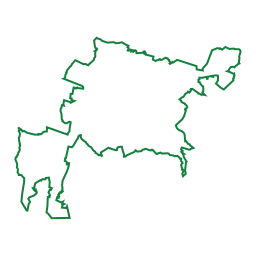 outline of San Agustín Tlaxiaca, Hidalgo, Mexico
{"feature_id": "50627088B66732332939246", "entity_name": "San Agustín Tlaxiaca", "entity_type": "district", "adm_level": 2, "iso_a3": "MEX", "parent_name": "Mexico", "parent_adm1": "Hidalgo", "projection": "orthographic", "projection_center": [-98.945, 20.076], "detail": "fine", "context": "isolated", "style": "outline", "palette": "green", "viewbox_px": 256, "rotation_deg": 0, "n_neighbors": 0, "source": "geoboundaries", "source_scale": "gbopen_adm2", "svg_char_len": 5669}
<svg xmlns="http://www.w3.org/2000/svg" viewBox="0 0 256 256"><path d="M96.7,37.8L94.1,40.5L94.9,46.5L95.7,48.4L96.7,48.4L97.2,49.1L96.6,50.1L94.7,51.2L95.5,51.6L95.1,54.1L95.4,56.0L95.0,57.3L94.3,57.9L93.8,60.0L88.6,64.6L88.4,65.2L86.6,64.7L86.1,64.1L84.2,64.0L83.7,64.3L75.3,60.2L71.9,64.2L71.1,65.9L69.9,66.7L67.2,70.2L66.2,72.5L66.6,72.9L65.4,74.7L65.2,77.3L64.5,78.3L63.6,78.7L81.8,85.8L82.7,86.4L83.3,87.7L83.2,88.7L78.0,88.1L77.4,87.6L77.2,88.0L76.4,87.9L76.2,88.4L74.7,88.4L74.7,88.0L74.1,88.1L74.0,87.5L73.6,87.5L72.5,93.9L70.7,93.9L70.2,98.2L71.7,98.5L71.4,100.0L74.4,100.9L70.8,102.7L70.8,102.3L64.1,100.2L63.4,104.0L63.9,105.6L62.0,105.0L61.8,105.2L61.6,107.3L60.7,108.7L60.6,111.3L61.5,113.9L61.8,119.1L62.7,120.5L62.3,121.1L65.1,123.2L66.7,123.2L69.4,121.7L70.6,122.1L70.7,122.6L69.6,128.5L69.5,131.0L69.2,131.8L67.9,133.2L67.6,134.6L47.0,127.3L46.8,131.5L43.8,131.7L42.9,132.3L42.3,133.3L40.7,134.3L40.2,134.0L39.3,134.4L38.7,133.9L38.2,134.1L38.2,134.7L34.5,134.6L26.8,132.7L24.3,131.0L22.5,131.4L22.4,130.6L21.3,130.2L21.2,129.5L19.6,128.7L18.4,127.3L18.8,128.9L19.8,129.8L18.7,131.0L19.6,132.5L19.9,134.5L19.5,136.6L18.9,137.8L19.1,140.5L19.7,143.0L19.6,143.7L19.9,144.0L19.7,144.7L20.2,145.3L19.3,147.9L19.9,149.6L19.0,151.9L18.4,152.3L17.8,155.0L17.2,155.3L16.6,157.1L15.8,157.3L15.4,159.3L17.0,163.6L17.2,165.3L16.9,167.3L17.9,169.2L17.6,172.6L18.5,173.4L18.8,175.0L20.8,175.0L21.9,175.5L22.4,176.5L24.2,178.1L24.1,182.2L22.4,192.4L21.4,201.7L26.6,210.5L27.4,210.6L28.7,204.0L30.1,202.0L28.3,198.9L29.4,197.3L33.7,195.7L36.5,193.5L36.8,192.1L35.9,190.1L35.4,189.7L35.1,190.9L34.6,190.5L35.1,189.7L34.0,189.9L33.1,188.5L33.9,188.6L34.0,188.3L33.8,188.1L34.1,187.6L33.8,187.5L34.4,187.1L35.2,183.3L39.8,180.4L40.6,180.2L40.8,180.6L41.2,180.6L41.3,180.0L41.9,179.8L42.4,179.2L45.4,179.3L45.8,178.6L45.8,178.0L48.9,177.6L49.7,182.4L49.3,187.2L51.9,188.2L50.7,190.2L49.7,189.9L48.5,192.3L50.0,195.2L49.6,196.4L49.2,196.4L49.4,197.2L47.8,197.1L47.4,206.2L46.5,212.4L48.1,213.6L51.7,218.2L69.6,217.9L67.0,206.4L66.1,208.0L61.9,207.6L62.6,205.2L62.3,205.2L62.2,204.7L64.2,204.0L62.1,203.0L62.8,201.7L61.2,202.5L56.3,200.1L57.3,197.2L58.6,197.8L59.1,196.5L58.3,196.1L59.0,194.9L58.3,194.6L59.1,193.2L59.6,192.6L59.9,192.9L60.4,192.2L61.5,192.7L62.6,191.5L62.0,191.2L62.4,190.5L62.0,190.2L62.5,189.4L62.1,185.0L62.6,180.7L66.8,171.7L68.7,166.2L69.1,163.2L68.5,163.1L68.2,164.6L66.8,164.4L66.8,162.2L65.7,161.2L64.8,160.9L65.3,158.1L65.9,158.1L68.4,146.6L71.9,147.2L73.3,145.8L76.7,139.9L77.9,138.5L78.4,136.4L79.4,135.4L80.3,135.9L81.1,134.4L80.7,136.7L81.4,138.7L82.9,140.2L83.7,140.4L84.1,141.2L86.0,142.1L86.5,143.6L87.5,144.1L88.5,145.8L91.1,147.2L93.5,150.6L95.2,151.7L95.5,152.9L97.6,154.0L98.7,155.3L99.2,155.3L100.3,154.6L102.3,156.5L101.1,153.9L101.0,152.4L108.4,147.8L109.6,148.4L110.4,148.3L111.7,149.0L116.4,150.3L117.1,149.9L117.2,148.2L117.7,147.4L120.8,146.7L121.9,146.8L122.8,151.0L124.1,154.6L123.9,156.7L124.1,156.7L125.6,156.5L126.6,155.4L134.4,151.9L135.5,150.3L137.3,151.6L141.2,151.2L142.6,149.7L144.4,149.4L145.5,148.7L150.0,150.4L151.5,150.3L151.5,149.8L152.5,149.7L156.3,153.8L157.4,154.0L158.2,153.2L160.6,152.6L161.5,153.4L162.4,153.5L167.5,153.3L168.7,153.6L169.9,155.1L173.0,155.4L174.9,156.3L175.6,156.0L176.7,156.2L177.5,155.9L179.3,157.4L179.8,158.6L181.2,158.7L181.1,161.2L182.5,162.4L182.6,163.1L181.7,163.8L181.1,165.3L181.6,166.1L181.6,167.4L182.2,168.3L181.9,169.5L182.9,169.6L183.5,170.2L183.3,171.4L182.3,173.8L183.0,176.2L185.8,173.6L185.1,170.6L186.0,162.2L186.6,161.6L184.7,158.7L183.7,156.6L183.6,155.4L182.6,153.7L183.7,153.7L181.3,151.9L182.7,150.9L181.1,149.5L181.3,148.5L181.9,147.5L189.1,149.7L190.1,149.5L191.1,148.8L193.4,148.0L189.9,145.1L189.7,144.4L188.1,143.9L185.9,140.9L185.2,141.2L184.6,134.5L183.8,132.9L181.7,131.2L178.4,129.7L176.8,127.9L175.8,125.3L182.2,119.3L184.0,116.4L185.8,110.7L185.0,109.7L185.4,108.6L186.1,108.8L187.1,107.6L187.2,106.8L186.3,105.2L185.0,104.2L184.9,103.7L181.4,102.0L181.2,100.8L179.5,99.4L181.8,97.5L183.5,96.8L185.4,93.8L187.6,92.4L187.9,91.7L188.9,92.3L188.9,91.8L190.1,91.8L191.3,89.7L190.6,89.3L190.8,89.0L192.4,88.9L198.5,93.1L198.4,93.5L199.8,93.9L201.6,94.9L202.0,94.4L204.8,95.0L202.4,92.4L203.3,91.2L203.2,86.5L202.4,86.2L200.3,83.7L199.9,82.3L198.5,82.1L198.4,79.8L199.5,79.2L199.4,77.7L201.9,77.8L206.6,76.9L207.0,78.8L207.5,78.8L207.9,76.7L211.4,76.0L211.4,76.5L213.2,76.9L213.4,75.7L215.0,75.4L217.6,75.5L218.0,76.0L217.9,80.6L216.0,83.6L220.6,87.6L223.7,89.5L233.4,80.4L233.1,78.5L233.9,78.0L233.9,76.2L234.4,75.9L234.2,73.7L233.8,74.0L230.3,72.2L227.3,71.2L228.6,70.6L229.5,68.6L231.0,67.0L233.5,66.8L234.5,67.3L236.1,65.5L236.9,65.3L237.8,64.2L239.4,63.5L238.7,62.5L239.1,61.7L238.9,60.5L239.4,59.9L239.2,59.0L239.5,57.7L239.1,56.5L240.6,51.7L239.9,49.8L239.2,49.3L234.7,49.1L234.0,48.6L229.3,48.9L225.3,47.0L222.2,49.6L220.0,48.3L219.5,48.9L218.8,48.4L217.2,48.2L212.1,50.3L207.0,63.7L202.7,68.6L202.8,70.5L196.7,69.4L196.5,66.1L177.1,59.9L173.2,62.4L172.4,61.9L172.1,62.7L170.1,63.9L169.6,63.5L170.3,62.8L170.4,62.3L169.0,60.9L169.3,60.3L169.1,59.8L168.2,59.5L167.6,58.4L166.5,58.2L165.9,57.7L165.2,57.8L162.1,59.8L160.6,59.8L160.2,59.2L159.4,59.1L158.9,59.9L157.7,60.3L157.1,60.1L155.6,61.0L152.9,59.6L153.5,56.6L146.3,54.7L144.8,51.4L143.7,51.6L144.3,53.7L142.8,52.7L136.5,53.2L136.3,51.1L135.2,50.3L133.3,51.8L132.9,51.3L132.3,51.4L133.2,50.3L132.1,50.1L131.8,50.5L131.0,49.8L130.6,50.8L128.3,50.0L128.0,50.6L127.7,50.5L128.3,49.0L128.7,48.8L128.4,47.5L127.5,47.1L128.4,45.7L126.1,44.8L122.0,42.3L118.1,43.1L115.6,43.1L114.4,42.4L113.3,42.2L107.4,42.6L102.0,40.8L100.6,39.4L97.7,38.5L96.7,37.8Z" fill="none" stroke="#15803d" stroke-width="2"/></svg>